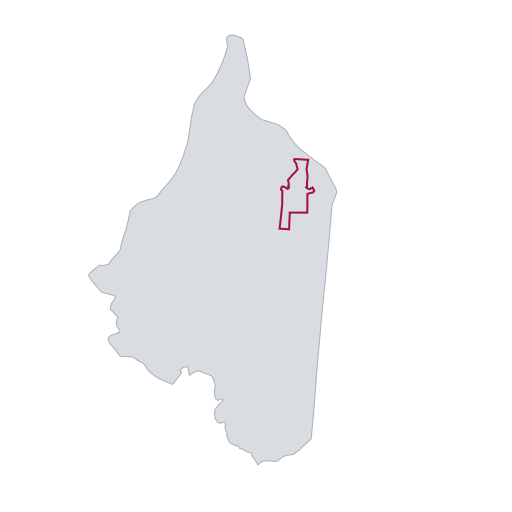 Al Mayadin, Dayr Az Zawr, Syria shown in context, rotated 306°
{"feature_id": "27442178B96470480022323", "entity_name": "Al Mayadin", "entity_type": "district", "adm_level": 2, "iso_a3": "SYR", "parent_name": "Syria", "parent_adm1": "Dayr Az Zawr", "projection": "albers", "projection_center": [40.466, 34.927], "detail": "fine", "context": "in_parent", "style": "outline", "palette": "rose", "viewbox_px": 512, "rotation_deg": 306, "n_neighbors": 0, "source": "geoboundaries", "source_scale": "gbopen_adm2", "svg_char_len": 4136}
<svg xmlns="http://www.w3.org/2000/svg" viewBox="0 0 512 512"><g transform="rotate(306 256 256)"><path d="M102.5,184.5L106.2,185.1L114.0,190.3L115.3,190.2L118.0,183.9L120.4,181.8L125.4,180.1L127.2,169.9L129.6,168.0L132.4,167.0L136.6,167.0L140.3,166.5L140.7,164.7L136.0,152.6L136.5,149.6L139.5,137.6L141.2,133.0L142.8,131.5L148.6,132.4L156.7,134.8L158.7,138.3L162.6,141.5L168.6,141.5L175.5,142.3L180.9,142.7L185.2,140.6L195.1,136.9L199.9,135.7L204.4,134.0L218.6,127.7L224.2,128.4L228.1,129.3L231.0,130.4L237.5,135.1L242.9,139.7L246.7,141.1L253.7,141.2L263.6,142.2L275.9,142.3L283.1,141.1L292.3,138.9L308.6,133.6L330.0,122.4L342.6,116.9L348.0,116.3L355.0,116.2L362.1,117.6L370.1,118.5L373.8,118.4L382.4,117.2L393.6,114.8L400.7,112.8L409.1,109.6L414.3,104.5L416.0,103.9L418.3,104.8L419.3,105.1L421.5,108.0L423.9,115.4L423.9,116.2L423.5,118.3L418.1,124.6L410.7,133.0L405.3,138.4L396.3,147.3L389.4,149.3L377.9,152.6L374.8,155.8L372.0,160.8L370.4,167.6L369.9,171.9L369.6,179.9L372.4,188.2L375.1,196.1L375.5,201.4L375.3,206.5L372.8,212.1L370.1,219.7L368.6,228.3L367.8,244.4L367.9,258.1L367.7,260.3L362.9,270.0L357.3,281.4L354.7,284.0L342.2,287.4L328.5,295.7L313.2,304.9L299.3,313.2L284.6,322.0L269.3,330.9L258.3,337.3L243.6,345.8L230.2,354.0L216.5,362.1L206.1,368.3L190.2,378.1L180.9,383.8L167.1,392.2L155.0,399.5L140.6,408.1L123.0,404.7L117.5,402.9L113.1,398.4L109.8,395.9L101.6,393.2L96.6,384.8L93.6,381.7L88.1,380.2L90.7,375.0L91.3,371.6L93.9,367.5L92.5,364.7L92.0,358.8L91.1,357.3L90.7,355.7L91.7,353.9L91.4,351.9L90.5,351.1L90.2,348.1L89.5,345.9L90.0,343.3L91.3,341.7L92.8,338.4L94.3,337.5L96.7,335.5L97.4,333.4L99.6,331.4L102.5,329.8L103.2,328.4L102.8,327.6L100.1,325.9L98.7,323.1L100.2,319.2L101.2,318.0L102.9,316.1L106.8,313.4L109.8,313.0L112.3,313.1L116.6,313.5L119.9,314.2L120.8,313.5L120.7,312.5L116.7,309.9L116.6,308.0L117.7,306.0L120.7,302.9L124.3,300.6L126.1,300.3L130.2,295.7L133.0,290.4L129.4,277.2L127.0,275.1L123.0,273.1L120.7,272.7L120.5,271.9L123.8,268.7L126.2,265.9L123.8,263.1L119.4,261.6L117.7,264.4L111.9,264.4L103.1,264.0L99.8,250.1L99.5,244.1L99.9,237.2L103.1,227.3L102.0,222.6L102.1,219.4L101.6,215.1L95.1,205.4L99.6,188.5L102.5,184.5Z" fill="#d9dde1" stroke="#a8b0b8" stroke-width="1"/><path d="M297.1,267.1L301.2,264.3L306.0,261.1L310.4,258.2L310.9,257.8L311.1,258.1L311.6,258.7L313.8,261.7L315.5,264.1L316.8,265.8L318.3,267.9L319.0,268.9L321.0,271.7L321.3,272.0L321.8,271.5L324.2,269.9L325.2,269.2L327.5,267.5L327.8,267.4L329.1,266.4L333.6,263.1L335.6,261.7L336.4,261.2L336.6,261.1L336.7,261.3L338.4,262.6L339.0,263.1L340.2,264.2L340.9,264.7L341.3,264.7L341.9,264.7L342.3,264.8L342.7,264.8L343.0,264.8L343.5,264.0L343.8,263.2L344.3,262.3L344.6,261.9L344.6,261.6L344.2,261.7L343.8,261.7L343.5,261.3L343.3,260.9L343.0,260.5L342.2,260.3L341.7,260.3L341.4,259.7L341.0,258.3L340.9,256.2L341.0,256.2L341.3,256.2L341.7,256.3L342.2,256.3L342.6,256.2L342.9,256.1L343.3,255.7L344.0,255.1L344.2,254.9L350.7,250.9L352.6,249.1L355.1,246.7L356.0,245.9L356.2,245.7L357.7,245.0L362.3,242.7L363.6,242.0L364.2,241.7L364.5,241.6L362.8,239.0L362.1,237.9L360.0,234.6L357.8,231.2L356.6,229.5L356.6,229.4L356.4,229.9L356.2,230.3L356.0,230.6L355.7,231.1L355.4,231.4L355.2,231.8L355.1,232.3L354.8,233.0L354.5,233.6L354.4,233.9L354.3,234.3L354.2,234.5L353.6,235.1L352.9,235.8L352.3,236.6L351.4,237.7L351.0,238.2L350.5,238.8L348.9,238.6L346.2,238.3L343.2,237.8L340.7,237.6L339.2,237.5L338.3,237.4L337.8,237.4L337.0,237.3L336.4,237.2L333.8,239.9L331.1,242.0L331.1,241.9L330.9,241.8L330.7,241.8L330.7,241.7L330.6,241.8L330.4,241.8L330.2,241.9L330.2,242.0L329.9,242.2L329.8,242.3L329.7,242.3L329.4,242.3L329.3,242.2L329.2,242.2L328.9,242.0L328.9,241.9L328.8,241.7L328.7,241.7L328.7,240.6L328.7,238.6L328.6,238.4L328.6,238.2L328.4,238.0L328.4,237.9L328.3,237.7L328.2,237.6L328.2,237.4L328.1,237.2L327.9,237.0L327.9,236.9L327.9,236.7L327.2,236.2L326.3,236.5L324.9,236.7L324.2,237.6L324.2,238.6L324.2,238.9L324.2,239.1L323.2,239.8L321.8,240.7L317.8,243.5L314.8,245.7L313.0,247.0L309.8,248.8L305.0,251.6L303.7,252.4L299.1,254.9L297.4,256.0L293.6,258.1L292.5,258.7L292.0,259.0L297.1,267.1Z" fill="none" stroke="#9f1239" stroke-width="2"/></g></svg>